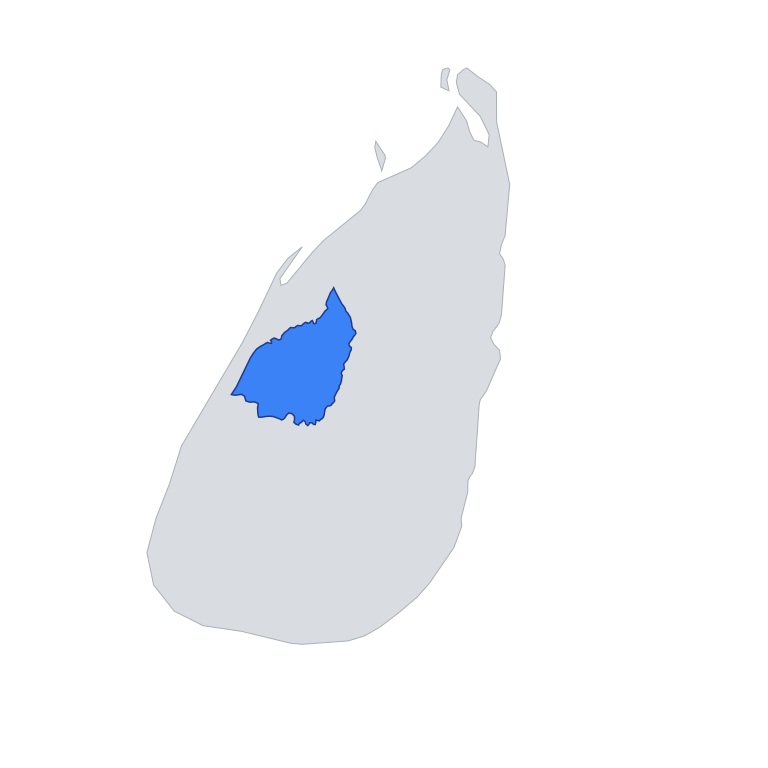 Kuruṇægala highlighted on a map of Sri Lanka, rotated 35°
{"feature_id": "LKA-2461", "entity_name": "Kuruṇægala", "entity_type": "District", "adm_level": 1, "iso_a3": "LKA", "parent_name": "Sri Lanka", "parent_adm1": "", "projection": "robinson", "projection_center": [80.272, 7.727], "detail": "fine", "context": "in_parent", "style": "filled", "palette": "blue", "viewbox_px": 768, "rotation_deg": 35, "n_neighbors": 0, "source": "natural_earth", "source_scale": "10m", "svg_char_len": 3148}
<svg xmlns="http://www.w3.org/2000/svg" viewBox="0 0 768 768"><g transform="rotate(35 384 384)"><path d="M270.8,77.6L284.2,78.4L298.6,78.0L308.6,80.2L325.8,104.6L372.5,148.4L398.0,192.9L400.3,202.6L403.9,211.0L410.0,213.3L415.1,217.2L440.6,260.1L443.5,268.6L443.1,278.0L444.6,284.9L451.2,288.4L459.5,290.2L465.0,296.7L471.9,331.0L471.9,341.7L473.8,346.3L505.9,399.6L507.7,406.1L507.4,411.0L508.3,415.2L514.6,424.6L524.3,450.0L529.2,455.8L535.1,478.0L535.5,520.5L533.4,539.4L527.4,562.4L520.3,584.9L512.7,601.2L502.1,614.9L466.2,644.2L455.9,650.0L409.0,668.4L374.5,685.7L342.5,690.4L310.6,680.8L286.5,658.1L274.2,624.6L265.8,589.7L253.6,550.8L244.2,430.9L239.7,397.4L232.5,354.7L233.2,336.2L238.3,318.5L238.3,357.4L243.0,362.2L246.6,357.2L249.8,316.9L252.5,299.8L265.2,255.4L265.4,247.6L263.2,230.9L263.4,222.5L282.3,191.3L287.2,173.2L289.8,154.7L288.8,134.6L285.3,114.8L300.7,121.1L309.1,128.0L317.7,132.7L324.6,130.3L333.1,130.2L327.1,119.4L309.2,109.5L279.7,103.4L270.4,95.6L266.9,88.7L268.7,80.8L270.8,77.6ZM255.8,198.5L259.8,210.5L248.3,202.2L240.7,195.4L238.1,189.9L253.7,196.1L255.8,198.5ZM269.1,106.5L260.3,108.2L253.4,97.6L251.8,93.1L253.6,90.0L255.5,88.4L257.7,88.9L261.0,98.8L269.1,106.5Z" fill="#d9dde1" stroke="#a8b0b8" stroke-width="1"/><path d="M332.2,467.1L330.9,464.0L328.9,461.7L325.6,461.1L322.5,462.5L322.0,465.5L322.2,468.8L321.7,470.7L320.7,472.2L319.2,472.3L312.4,474.0L309.1,475.7L306.0,478.2L303.1,481.1L300.3,483.0L297.9,480.9L294.4,476.5L293.6,475.2L293.2,473.8L291.9,472.2L288.0,473.0L284.6,475.8L280.6,477.1L276.7,474.0L273.3,474.2L268.0,478.9L265.0,480.2L264.7,470.8L259.6,439.5L259.3,434.1L259.6,428.6L261.1,424.2L263.2,420.2L263.7,418.4L264.7,416.8L266.7,416.3L268.4,415.2L267.6,413.8L265.9,413.3L266.6,411.2L267.6,409.4L269.4,408.8L271.4,408.6L272.9,407.9L273.9,406.4L273.3,404.7L272.6,403.0L273.0,398.8L274.4,394.9L274.6,393.1L275.1,391.3L276.9,390.3L278.6,389.0L279.0,387.2L279.7,385.6L282.7,383.9L283.2,382.4L283.4,380.8L284.3,378.6L286.4,377.6L286.2,377.8L286.1,378.1L287.0,377.8L288.0,376.6L288.1,374.6L288.9,373.1L291.8,374.9L293.5,373.4L291.9,369.9L292.7,368.0L293.7,366.2L293.9,362.6L293.8,358.3L294.3,356.3L294.7,354.4L293.0,353.2L291.1,352.4L289.8,349.6L289.2,346.5L287.8,340.2L287.8,337.0L287.6,334.0L290.6,335.9L303.5,342.6L306.2,343.3L308.9,344.5L311.0,346.2L313.6,346.7L318.2,348.7L322.4,352.5L324.7,355.1L327.2,356.9L329.8,356.8L332.0,358.7L332.0,360.7L331.8,362.7L332.2,366.1L332.0,369.0L332.2,371.7L334.2,372.7L336.4,372.9L337.6,375.0L337.9,377.7L339.3,381.4L340.0,385.1L339.4,390.6L343.0,394.5L342.3,397.1L342.7,399.8L343.9,400.6L345.0,401.0L346.0,403.4L347.4,406.1L348.3,408.8L348.4,411.5L348.9,411.9L349.6,413.0L350.0,418.3L350.8,423.3L353.3,426.1L353.3,427.9L352.9,429.8L352.9,431.3L352.4,432.6L350.4,434.6L350.1,438.0L351.5,441.2L352.3,442.8L353.0,444.4L353.4,446.4L353.1,448.3L352.3,449.5L352.3,451.2L350.6,452.0L348.9,452.5L350.1,454.5L350.9,456.7L349.4,457.5L347.4,457.1L345.3,458.4L345.6,460.2L345.4,461.8L343.0,461.6L340.8,459.9L338.8,459.9L338.3,463.0L337.8,463.9L337.3,464.8L337.4,465.9L337.6,466.6L335.1,467.4L332.2,467.1Z" fill="#3b82f6" stroke="#1e3a8a" stroke-width="1.5"/></g></svg>